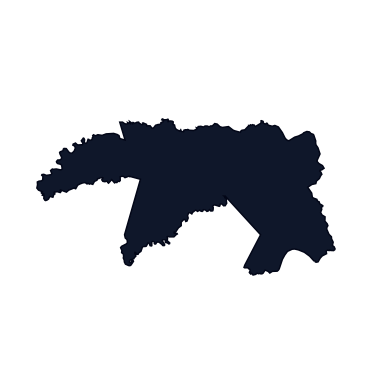 the district of Unión Panamericana ( Animas), Chocó, Colombia, rotated 284°
{"feature_id": "7082276B59837369743013", "entity_name": "Unión Panamericana ( Animas)", "entity_type": "district", "adm_level": 2, "iso_a3": "COL", "parent_name": "Colombia", "parent_adm1": "Chocó", "projection": "robinson", "projection_center": [-76.654, 5.295], "detail": "fine", "context": "isolated", "style": "filled", "palette": "ink", "viewbox_px": 384, "rotation_deg": 284, "n_neighbors": 0, "source": "geoboundaries", "source_scale": "gbopen_adm2", "svg_char_len": 6056}
<svg xmlns="http://www.w3.org/2000/svg" viewBox="0 0 384 384"><g transform="rotate(284 192 192)"><path d="M261.6,224.4L261.7,218.6L262.0,216.8L264.3,211.6L262.0,205.9L262.1,203.4L264.0,200.0L263.9,197.5L260.8,195.6L260.8,194.4L259.4,192.8L259.7,190.8L259.2,188.7L257.8,187.4L257.9,184.7L257.0,182.2L255.3,181.7L255.4,180.7L254.2,181.5L252.1,178.8L251.3,174.6L251.7,172.8L251.2,172.3L250.8,170.5L250.0,169.2L248.5,169.3L248.2,167.5L248.3,166.9L249.6,166.0L248.1,165.3L248.9,161.7L250.2,160.1L252.8,158.8L252.9,157.3L255.5,156.8L255.9,155.7L255.7,153.9L255.3,152.6L254.5,151.8L255.0,151.4L256.2,151.6L256.8,151.0L255.9,149.6L255.5,148.0L254.8,147.6L255.6,146.6L255.7,145.5L254.7,145.2L254.5,146.7L253.1,146.9L251.8,145.1L251.2,145.4L249.9,144.6L249.2,142.6L247.9,140.5L245.1,139.3L244.3,138.4L244.4,137.6L246.1,135.3L245.2,132.0L246.6,131.5L247.2,128.0L247.0,127.5L246.0,128.0L245.2,127.2L245.9,124.3L246.9,123.3L246.3,121.6L244.7,119.8L245.2,118.5L245.1,117.8L243.9,117.9L245.3,114.4L243.4,115.5L243.8,112.8L242.9,113.5L241.9,111.4L242.2,109.6L243.0,107.7L242.3,105.0L226.2,114.5L226.4,109.1L229.1,107.5L229.7,105.5L229.9,101.8L227.6,94.6L225.2,91.1L224.8,86.8L223.2,84.7L223.7,82.6L222.7,82.0L221.6,82.7L220.7,82.2L218.6,82.3L217.3,80.3L218.1,79.1L218.0,78.4L214.7,78.2L213.7,77.7L213.5,76.9L214.0,75.5L216.8,75.1L217.9,74.2L218.0,73.5L214.9,72.2L212.8,74.4L211.4,74.3L210.1,70.1L210.2,69.1L211.3,67.1L209.7,65.1L208.6,65.1L208.2,66.9L206.5,68.2L203.3,67.8L200.9,66.4L200.3,65.1L200.4,64.2L200.9,62.9L203.7,59.5L203.3,57.3L202.6,56.8L200.8,56.8L199.1,54.4L198.3,54.0L197.0,54.7L194.0,57.2L192.4,57.2L191.2,56.1L190.5,53.9L188.8,53.1L187.8,53.6L187.1,54.8L187.1,57.6L186.5,59.0L183.0,60.5L181.7,59.4L181.5,54.8L180.4,51.7L180.5,50.9L178.6,49.6L175.9,51.5L174.7,51.0L172.9,46.7L173.3,43.9L172.6,42.2L171.9,42.1L171.1,43.6L167.6,44.2L166.4,43.3L165.5,40.9L164.3,39.5L161.5,40.4L158.3,40.5L156.7,42.6L156.0,46.7L154.9,46.0L154.5,46.2L154.4,48.6L153.9,48.7L153.1,47.5L152.6,47.5L152.6,49.3L149.8,49.8L148.4,51.3L148.3,52.1L149.2,53.4L150.5,54.5L153.3,55.1L153.3,58.3L156.0,58.5L157.0,59.4L157.8,58.3L158.8,58.5L158.9,59.7L159.7,60.8L159.6,64.3L160.7,64.8L161.5,63.6L162.2,63.8L161.5,70.2L163.9,71.9L167.0,76.1L167.4,77.1L166.9,78.0L167.1,78.4L170.9,79.4L172.5,81.1L174.4,83.8L175.3,86.1L174.4,88.2L175.3,89.0L174.8,90.5L175.5,91.3L175.4,93.9L178.7,94.8L180.4,96.9L182.1,97.2L182.5,98.4L183.5,99.3L183.8,100.7L184.3,101.3L184.2,102.1L183.2,102.2L182.0,101.5L180.8,102.9L180.9,105.0L182.0,106.9L180.8,108.0L180.4,108.9L184.6,111.1L182.1,114.6L182.7,115.2L183.0,116.8L184.6,117.6L184.6,118.9L185.7,119.6L189.4,118.6L190.3,120.2L190.6,121.7L189.7,123.5L192.2,127.1L191.8,128.0L192.1,128.2L191.9,138.9L134.2,136.9L131.2,138.4L130.1,140.5L127.3,141.6L125.8,140.9L122.2,136.8L120.7,136.2L118.4,138.1L116.1,138.4L115.2,140.4L113.0,141.2L111.3,141.3L109.7,142.6L107.6,143.4L105.9,144.9L105.3,148.3L105.5,149.6L106.4,150.5L110.6,152.0L111.1,151.6L111.1,150.9L110.6,150.2L108.6,149.8L108.4,149.0L108.7,148.3L109.6,148.1L111.4,148.7L113.0,151.6L114.5,152.0L116.0,153.0L117.2,152.6L118.6,151.2L119.6,151.1L119.7,151.8L118.2,153.7L118.5,154.7L120.1,155.1L122.0,156.8L126.5,157.2L127.2,157.8L128.0,160.2L128.5,160.8L132.0,161.6L131.9,162.8L129.8,164.3L129.8,165.6L130.2,166.0L133.5,165.1L134.4,165.3L134.7,165.9L134.5,167.7L132.9,167.9L132.5,168.7L132.9,169.4L134.8,170.0L135.3,171.4L135.3,172.2L134.0,175.2L133.0,176.6L133.2,177.9L133.8,178.3L134.5,178.0L136.2,176.5L137.3,174.7L138.1,175.0L139.0,176.4L138.9,178.0L137.4,178.1L136.6,178.6L136.7,180.3L136.0,182.1L136.4,182.7L137.2,182.7L138.9,179.6L140.7,179.6L142.6,178.7L143.0,179.2L143.0,181.0L144.1,185.3L147.2,187.2L147.7,187.9L148.1,187.6L147.7,184.7L148.7,184.3L149.5,185.9L154.0,187.5L156.7,189.7L160.1,188.8L163.4,190.7L163.6,191.8L161.9,193.1L162.6,194.2L165.8,194.6L168.0,193.4L171.0,193.8L171.4,195.2L170.7,197.1L172.3,197.5L175.2,199.8L175.2,200.6L174.5,202.0L176.2,203.9L175.6,205.2L175.6,206.5L176.4,207.2L177.5,207.2L177.8,207.8L177.7,209.5L176.8,211.2L177.8,212.7L179.2,213.2L179.1,213.9L178.1,214.9L178.7,216.6L179.6,216.8L182.0,216.4L183.2,215.4L185.0,216.8L184.7,221.9L185.2,222.4L187.0,222.3L187.6,223.1L187.4,224.2L186.3,226.0L186.7,227.5L189.5,228.4L191.8,227.4L193.6,227.2L194.4,225.2L195.6,224.7L195.9,223.9L196.1,224.4L196.2,225.0L167.1,268.9L133.8,260.9L131.4,260.7L131.2,261.6L132.0,264.4L131.2,265.6L130.9,266.9L130.1,267.4L127.8,267.1L127.2,267.8L127.4,268.9L126.7,268.9L127.2,270.3L126.2,271.3L127.6,273.9L128.4,274.1L128.9,274.9L128.8,276.5L129.5,277.7L129.2,278.6L129.6,279.8L130.4,280.6L133.9,281.8L133.4,285.1L132.2,287.1L134.4,289.1L135.8,293.8L137.0,294.7L138.4,295.2L148.5,296.0L153.4,297.3L157.5,299.0L160.7,303.0L161.5,305.3L161.6,309.2L160.7,315.6L158.2,321.7L154.7,326.9L154.9,328.1L154.0,328.6L153.9,329.4L154.7,331.2L158.9,332.4L161.6,333.9L164.7,337.5L167.2,336.4L168.5,337.9L168.3,339.2L169.1,339.8L168.8,340.6L169.4,343.6L170.6,344.5L171.5,344.5L173.2,343.2L174.1,341.2L177.5,341.1L180.2,338.8L182.3,338.1L184.0,335.2L188.4,331.8L190.0,331.4L192.2,332.0L193.8,330.9L195.9,328.0L200.1,327.1L201.1,323.8L203.3,321.7L206.6,322.1L208.5,321.1L209.5,322.3L210.4,322.2L211.5,318.7L213.2,317.8L213.5,316.0L215.1,314.9L215.5,311.2L216.1,310.0L219.9,308.4L224.6,303.1L228.3,306.5L230.1,310.1L232.7,310.1L235.8,312.3L239.2,313.0L240.6,313.7L242.4,312.3L243.1,310.9L243.9,310.9L245.0,312.7L247.0,314.4L249.2,312.2L250.3,308.3L251.9,306.0L253.3,305.8L259.9,307.0L265.4,303.5L267.7,300.9L269.5,300.1L271.5,299.7L276.8,296.3L277.3,295.5L277.5,293.3L278.7,291.4L278.5,288.8L276.5,286.1L275.2,285.4L272.1,281.8L270.0,278.3L265.3,273.8L265.1,272.7L265.6,271.0L267.0,269.1L271.5,265.3L276.0,260.1L276.6,256.3L275.2,253.9L275.3,249.8L276.8,248.3L276.8,247.7L275.8,246.9L275.7,246.3L276.2,244.3L277.3,244.2L277.8,243.7L278.0,242.1L277.9,241.8L276.1,242.2L275.2,242.0L270.8,237.6L272.1,235.9L271.8,235.2L271.9,234.3L271.2,234.1L271.3,232.6L270.7,232.6L270.3,230.8L269.5,231.0L269.0,230.4L265.1,228.2L264.0,225.5L262.8,224.6L261.6,224.4Z" fill="#0f172a" stroke="#020617" stroke-width="1.5"/></g></svg>